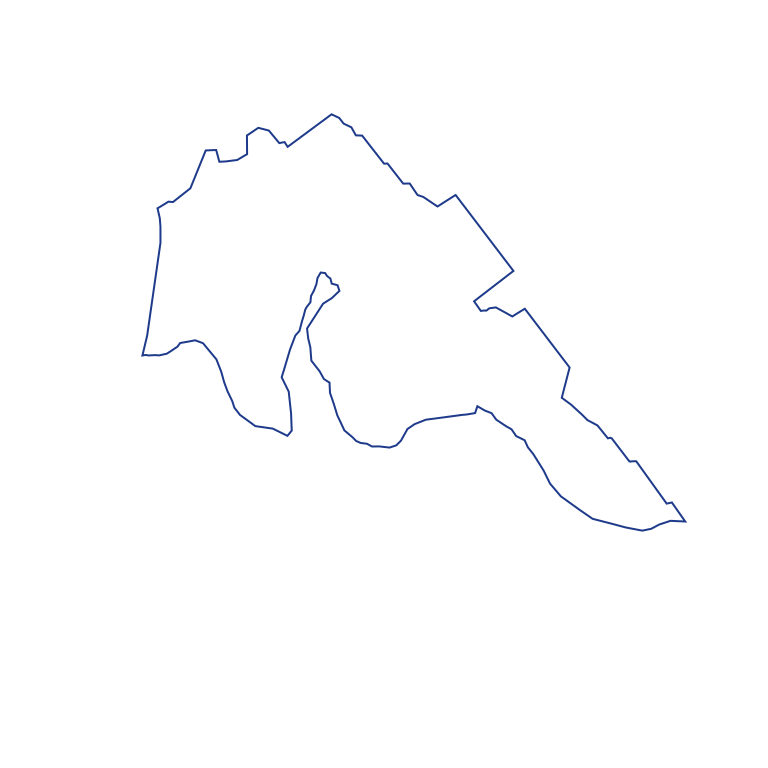 Saparmyrat Turkmenbasy, Tashauz, Turkmenistan (Natural Earth projection), rotated 232°
{"feature_id": "10190150B43921321162948", "entity_name": "Saparmyrat Turkmenbasy", "entity_type": "district", "adm_level": 2, "iso_a3": "TKM", "parent_name": "Turkmenistan", "parent_adm1": "Tashauz", "projection": "natural_earth1", "projection_center": [58.279, 42.355], "detail": "fine", "context": "isolated", "style": "outline", "palette": "blue", "viewbox_px": 768, "rotation_deg": 232, "n_neighbors": 0, "source": "geoboundaries", "source_scale": "gbopen_adm2", "svg_char_len": 2516}
<svg xmlns="http://www.w3.org/2000/svg" viewBox="0 0 768 768"><g transform="rotate(232 384 384)"><path d="M357.7,531.7L358.2,526.7L366.4,523.2L375.5,519.3L376.7,517.2L378.8,513.6L378.8,513.3L378.8,509.9L379.6,508.9L380.1,508.4L382.0,505.3L393.7,505.9L393.7,512.6L393.4,555.6L488.8,556.8L488.9,556.3L489.9,546.3L490.9,535.7L491.0,535.4L507.3,530.1L511.0,527.6L512.1,526.9L512.3,526.8L514.3,526.9L526.1,527.7L527.9,525.4L530.1,522.5L555.0,522.5L555.6,522.5L557.2,520.2L557.6,519.7L591.9,519.7L593.2,519.7L596.6,515.7L597.3,514.9L604.9,516.1L606.4,516.3L613.6,512.7L614.1,512.5L615.7,512.5L621.2,512.5L628.8,508.7L630.2,454.7L630.2,454.1L632.9,454.3L635.8,454.6L636.9,452.6L638.3,449.8L654.6,449.3L657.5,447.1L663.2,442.7L663.3,442.0L664.2,429.0L649.4,417.6L649.8,414.9L650.9,406.2L653.2,402.4L656.5,396.8L657.8,394.9L660.5,391.1L671.7,395.8L673.9,392.8L677.8,387.3L669.1,372.2L664.6,364.4L657.4,351.9L657.4,348.1L657.3,329.7L659.2,327.7L660.4,326.4L661.6,315.6L661.7,315.1L661.9,313.7L652.7,309.4L645.6,304.7L632.9,294.8L567.9,227.1L555.2,211.2L553.7,214.0L551.4,216.1L549.8,218.4L547.7,221.4L545.0,224.4L541.6,231.5L541.1,236.7L540.6,244.3L541.8,248.6L538.1,255.5L534.7,262.1L527.6,266.5L506.6,267.1L493.9,263.3L483.7,259.1L474.6,256.2L464.0,253.9L457.4,251.5L448.2,251.5L441.6,253.4L430.0,256.7L417.3,268.9L402.6,276.0L404.1,282.6L417.8,292.5L436.6,304.2L452.3,307.5L456.9,314.1L469.1,331.3L476.8,344.0L477.9,350.1L484.0,358.1L487.2,362.7L491.2,367.9L492.3,370.6L493.7,376.3L498.3,380.7L500.9,386.6L504.3,392.2L508.5,396.9L510.8,402.7L507.7,405.9L504.1,405.6L500.1,406.7L495.3,404.6L490.4,408.2L484.8,406.2L483.8,395.8L484.8,385.4L480.2,372.2L475.1,357.5L466.5,352.3L458.2,348.5L447.1,341.1L433.6,341.1L424.9,339.7L418.6,341.9L410.3,336.0L399.8,332.4L388.0,327.9L381.3,326.4L371.8,324.2L361.5,326.4L356.2,327.0L351.8,329.4L347.4,333.8L342.2,336.0L337.7,341.9L330.5,349.2L328.1,355.9L328.9,362.5L334.1,374.8L333.5,383.5L330.1,395.0L311.4,426.8L309.0,430.5L305.0,437.9L309.0,443.9L300.8,447.2L294.8,450.8L286.7,450.5L275.6,454.2L269.8,456.6L261.6,456.1L253.1,460.2L245.5,458.4L236.9,458.5L217.6,456.5L203.3,453.5L186.6,454.2L163.6,460.9L149.3,465.4L134.9,476.5L122.2,486.1L109.4,497.3L105.4,505.4L103.8,514.4L99.8,525.5L90.2,536.7L113.4,537.9L115.7,533.1L167.8,535.2L170.0,532.4L171.2,530.3L171.5,530.3L172.0,529.7L201.0,530.0L202.4,529.1L203.3,527.0L208.9,526.9L219.9,526.7L230.3,522.1L237.8,521.2L252.6,518.7L263.7,515.6L282.7,540.4L356.6,541.3L357.7,531.7Z" fill="none" stroke="#1e3a8a" stroke-width="2"/></g></svg>